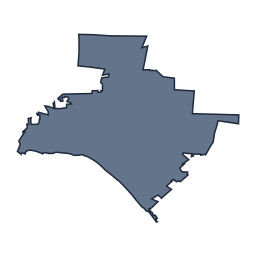 Champotón, Campeche, Mexico (Equal Earth projection), rotated 269°
{"feature_id": "50627088B90852523965903", "entity_name": "Champotón", "entity_type": "district", "adm_level": 2, "iso_a3": "MEX", "parent_name": "Mexico", "parent_adm1": "Campeche", "projection": "equal_earth", "projection_center": [-90.832, 19.131], "detail": "fine", "context": "isolated", "style": "filled", "palette": "slate", "viewbox_px": 256, "rotation_deg": 269, "n_neighbors": 0, "source": "geoboundaries", "source_scale": "gbopen_adm2", "svg_char_len": 5103}
<svg xmlns="http://www.w3.org/2000/svg" viewBox="0 0 256 256"><g transform="rotate(269 128 128)"><path d="M82.9,186.9L83.3,181.1L86.9,179.0L90.8,183.4L90.7,181.1L91.1,181.9L95.2,188.2L100.6,182.2L101.0,182.5L102.3,182.9L102.1,183.6L101.8,185.1L101.1,191.5L98.3,190.9L98.8,192.5L99.1,193.0L101.0,193.3L100.8,194.9L100.7,196.2L100.5,199.5L100.4,200.4L100.4,200.5L100.2,200.5L99.6,200.4L99.9,202.1L100.3,204.1L100.3,204.6L99.9,205.1L100.3,205.3L101.8,206.3L103.7,207.4L107.0,209.3L111.8,212.5L112.4,212.9L121.3,214.4L129.3,217.1L133.7,218.1L130.3,238.6L139.2,239.0L141.2,192.6L163.9,194.9L165.0,180.3L165.5,175.1L173.0,175.2L177.0,175.2L178.6,164.0L184.7,157.6L185.1,157.6L184.9,154.3L185.3,153.6L185.2,150.6L185.9,150.6L185.9,144.1L209.6,149.2L208.0,143.3L219.5,148.2L220.5,110.9L221.9,95.1L222.5,80.3L217.4,80.6L214.9,80.5L207.9,80.4L204.0,80.3L191.0,79.1L189.8,89.3L189.2,93.7L188.1,100.4L187.3,105.9L181.2,103.4L182.4,110.0L179.4,109.3L178.6,102.6L174.5,101.5L173.8,101.5L172.7,103.2L165.9,103.2L165.9,101.6L164.3,101.6L164.2,98.6L165.9,98.6L165.9,92.8L163.1,92.7L163.1,90.0L163.0,63.5L158.9,58.5L157.5,59.0L158.1,60.4L156.3,60.9L155.9,60.9L156.1,63.4L159.6,62.7L159.6,65.2L160.4,65.2L160.4,67.1L159.7,68.4L158.6,69.4L155.7,67.4L154.4,70.8L154.3,71.0L154.0,71.3L153.0,71.9L152.9,67.1L149.3,66.8L148.4,58.8L148.9,57.6L148.6,55.4L150.9,55.2L155.3,54.8L154.6,54.4L154.1,53.6L151.0,54.0L149.8,54.1L149.0,54.1L151.0,48.7L151.5,45.3L148.7,46.8L146.9,47.9L146.0,48.4L144.2,48.5L142.4,48.4L143.1,46.6L144.0,43.2L145.3,38.8L143.9,38.4L144.1,37.1L143.7,37.1L143.7,38.0L142.3,38.0L142.2,40.1L138.3,40.1L138.3,39.6L134.8,39.1L134.4,38.8L134.2,38.6L134.0,38.4L134.0,38.2L133.3,37.9L133.3,33.8L133.3,31.2L136.7,30.9L139.5,31.2L139.9,31.3L139.3,28.8L139.2,28.4L133.6,28.7L133.6,26.9L129.9,27.3L126.9,23.7L126.5,25.0L125.2,24.6L125.9,22.9L123.3,23.3L123.1,22.7L117.0,18.7L115.1,19.3L114.4,19.6L114.1,19.8L113.7,19.9L112.1,19.4L108.0,17.7L106.4,17.0L106.0,17.6L105.6,18.2L105.3,18.5L104.8,19.1L104.4,19.6L104.4,20.2L104.3,20.4L103.7,20.4L103.6,20.5L103.8,20.5L104.1,20.5L104.3,20.5L104.5,20.6L104.7,20.9L104.7,21.2L104.8,21.7L104.8,22.5L104.5,23.8L104.1,23.8L103.9,24.3L104.0,24.3L104.3,23.9L104.4,24.4L104.4,24.8L104.9,24.8L104.9,25.0L105.1,25.0L105.1,24.9L105.4,25.0L105.5,25.1L105.8,25.3L105.9,25.5L106.1,25.5L106.3,25.7L106.9,26.7L107.3,27.7L107.4,28.4L107.5,29.4L107.4,30.5L107.2,31.9L106.7,34.2L106.2,36.0L105.1,38.9L104.3,40.9L104.2,41.0L104.1,41.3L103.9,41.7L103.6,42.1L103.8,42.3L103.9,42.5L104.4,42.4L104.5,42.7L104.6,42.9L104.7,43.5L104.8,44.1L104.7,44.9L104.6,45.4L104.3,46.4L104.2,46.7L104.3,47.1L104.3,47.4L104.1,48.1L103.9,48.4L103.7,49.0L103.9,49.4L103.9,49.7L103.9,49.9L103.9,49.5L104.1,49.6L104.1,49.9L104.0,50.5L103.8,51.6L103.8,51.9L103.9,52.1L104.0,52.8L104.1,53.1L104.2,53.4L104.5,53.7L104.8,54.4L104.9,56.4L104.9,57.4L104.8,58.4L104.6,59.3L104.3,60.2L104.3,60.5L104.2,60.9L104.3,61.1L104.3,61.8L104.5,62.2L104.4,62.4L104.4,62.7L104.1,63.5L104.1,64.1L103.8,65.1L103.9,65.4L103.9,65.5L103.9,65.9L103.8,66.5L103.6,67.2L103.4,68.6L103.1,69.9L101.9,72.8L101.7,73.6L101.6,74.1L101.6,77.4L101.6,78.4L101.7,78.9L101.8,79.0L102.0,80.3L102.0,81.2L102.0,82.5L101.8,82.7L101.7,82.7L101.5,83.0L101.2,83.9L100.7,85.0L100.6,85.5L100.0,87.0L99.4,88.4L98.9,89.0L96.7,92.7L95.6,94.3L95.3,94.7L95.3,94.8L94.0,96.5L91.9,98.9L90.5,100.5L89.7,101.3L86.9,104.0L85.5,105.6L84.9,106.3L84.2,107.1L83.5,108.1L82.6,109.1L82.4,109.4L81.3,110.7L78.3,114.1L78.2,114.3L77.9,114.6L77.3,115.3L76.5,116.1L76.0,116.7L76.1,116.9L76.0,117.2L75.8,117.4L74.3,118.9L73.6,119.5L73.0,120.2L70.2,122.8L68.1,124.7L66.5,125.9L66.3,126.1L66.2,126.3L65.8,126.8L64.0,128.2L62.8,129.2L62.5,129.6L61.6,130.4L59.8,131.8L59.2,132.2L57.8,133.3L57.5,133.5L57.2,133.9L56.5,134.3L56.3,134.4L55.9,134.7L55.3,135.3L54.0,136.4L53.1,137.0L52.7,137.3L51.7,138.2L50.8,138.8L48.9,140.5L48.7,140.8L48.1,141.6L47.8,142.2L47.4,142.6L46.4,143.6L45.0,144.5L44.7,144.9L44.5,145.1L44.5,145.5L44.5,146.0L44.6,146.3L44.4,146.6L44.2,146.9L43.4,147.6L42.2,148.5L41.6,149.0L38.2,151.5L37.7,151.8L37.5,152.0L37.0,152.3L36.3,152.9L35.4,153.5L33.5,154.7L33.6,154.9L33.6,155.0L33.8,155.5L34.0,155.1L34.5,154.8L34.8,154.6L35.0,154.5L35.4,154.6L35.7,154.6L35.8,154.7L36.5,154.4L36.7,154.1L36.8,154.2L36.8,154.8L36.7,155.0L36.8,155.1L36.9,155.3L37.0,155.3L37.4,155.5L37.7,155.5L38.1,155.4L38.2,155.2L38.4,155.0L38.7,154.7L38.9,154.4L39.2,154.2L39.6,154.3L39.8,154.2L40.3,153.5L40.4,153.1L40.4,152.8L40.3,152.2L40.1,152.1L40.1,151.9L40.2,151.7L40.5,151.7L40.9,151.6L41.0,151.5L41.2,151.4L41.3,151.4L41.5,151.3L42.0,151.1L42.3,151.1L42.6,151.0L43.0,150.7L43.3,150.0L43.4,149.9L43.5,149.7L43.6,149.2L43.9,148.5L43.9,148.4L44.0,148.5L44.0,148.4L44.2,148.2L44.4,148.0L44.7,147.9L44.8,148.0L45.0,147.8L45.3,147.8L45.5,147.7L45.8,147.6L46.2,147.5L46.3,147.8L46.2,148.2L46.8,147.7L47.3,149.3L47.7,150.0L53.9,156.7L55.0,153.9L56.7,150.5L60.5,157.0L57.1,160.3L57.9,160.9L65.9,170.4L69.2,165.5L73.9,170.9L74.0,170.3L75.6,171.8L75.5,172.8L75.4,172.7L75.3,172.9L73.4,175.7L74.2,178.1L73.4,179.3L80.0,187.2L80.5,186.5L82.9,186.9Z" fill="#64748b" stroke="#1e293b" stroke-width="1.5"/></g></svg>